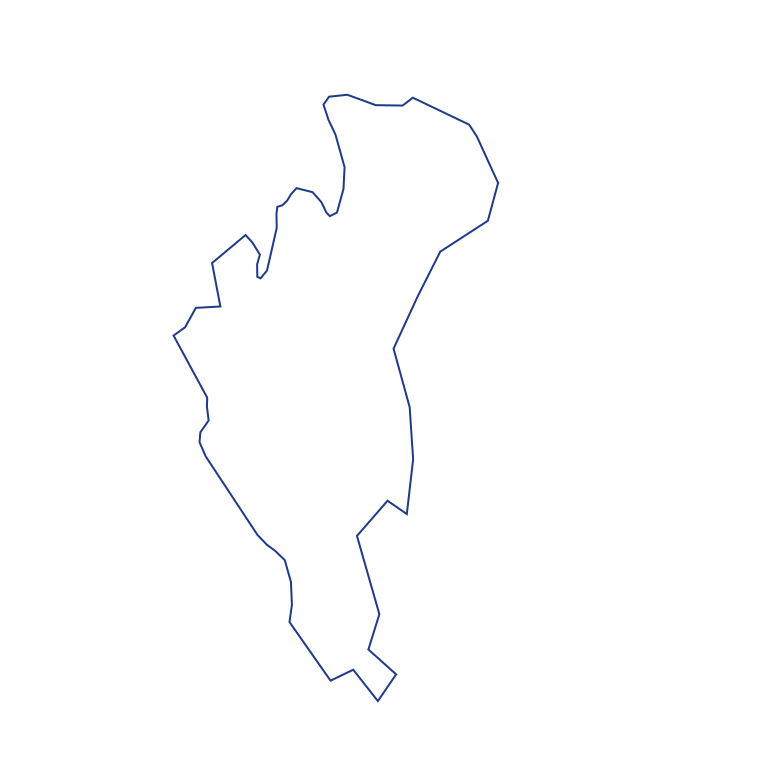 the Municipality of Ozolnieku, rotated 244°
{"feature_id": "LVA-5737", "entity_name": "Ozolnieku", "entity_type": "Municipality", "adm_level": 1, "iso_a3": "LVA", "parent_name": "Latvia", "parent_adm1": "", "projection": "equal_earth", "projection_center": [23.952, 56.624], "detail": "fine", "context": "isolated", "style": "outline", "palette": "blue", "viewbox_px": 768, "rotation_deg": 244, "n_neighbors": 0, "source": "natural_earth", "source_scale": "10m", "svg_char_len": 970}
<svg xmlns="http://www.w3.org/2000/svg" viewBox="0 0 768 768"><g transform="rotate(244 384 384)"><path d="M519.8,216.1L522.2,230.1L534.9,248.3L525.4,270.9L568.1,282.5L578.6,324.9L568.9,327.7L554.7,329.2L547.3,322.5L535.9,317.1L533.1,319.4L537.3,328.6L571.3,356.0L583.8,361.8L590.0,365.8L589.2,371.1L591.2,377.2L595.4,383.8L598.4,391.2L587.7,403.9L575.1,407.4L563.2,407.4L558.6,408.9L558.7,416.9L577.1,433.1L596.1,443.6L629.4,449.7L645.8,449.9L661.7,452.1L666.3,460.6L660.0,477.9L638.3,498.7L626.1,522.8L628.7,535.4L579.8,574.2L565.4,576.0L547.4,575.5L514.7,574.7L485.2,548.9L478.3,492.6L448.4,453.2L411.6,408.1L351.9,396.9L303.6,377.2L257.1,347.5L277.5,336.0L259.3,293.1L179.1,278.9L152.2,253.6L117.7,267.6L101.7,239.5L140.7,231.1L140.8,205.9L211.5,194.7L225.8,204.4L246.9,213.6L269.2,217.6L282.0,212.9L291.0,208.2L303.9,204.1L397.2,192.0L412.6,192.7L421.1,197.8L428.1,210.4L441.2,214.9L449.2,219.1L519.8,216.1Z" fill="none" stroke="#1e3a8a" stroke-width="2"/></g></svg>